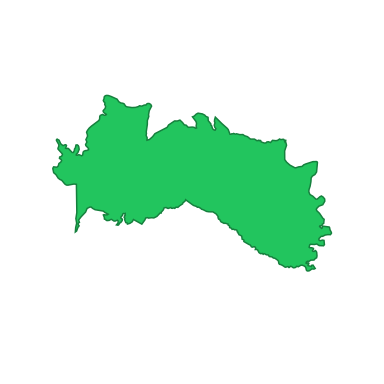 Senekane, Berea, Lesotho, rotated 117°
{"feature_id": "5366337B41059399300258", "entity_name": "Senekane", "entity_type": "district", "adm_level": 2, "iso_a3": "LSO", "parent_name": "Lesotho", "parent_adm1": "Berea", "projection": "mercator", "projection_center": [27.679, -29.225], "detail": "fine", "context": "isolated", "style": "filled", "palette": "green", "viewbox_px": 384, "rotation_deg": 117, "n_neighbors": 0, "source": "geoboundaries", "source_scale": "gbopen_adm2", "svg_char_len": 6042}
<svg xmlns="http://www.w3.org/2000/svg" viewBox="0 0 384 384"><g transform="rotate(117 192 192)"><path d="M206.1,336.2L206.8,336.5L207.6,336.2L210.3,332.1L211.7,331.5L213.9,331.3L214.6,330.8L216.9,324.9L217.4,324.5L219.3,324.4L220.9,325.8L222.3,325.3L222.4,323.5L223.2,322.4L225.0,322.5L227.0,323.5L229.7,323.0L231.3,323.7L232.4,326.7L233.3,326.8L234.4,326.6L237.6,324.0L238.3,321.1L240.4,317.5L240.8,315.3L240.7,313.4L242.6,309.0L242.8,307.7L242.7,306.6L242.1,305.5L238.5,300.8L237.6,298.5L262.6,285.3L268.4,283.4L272.2,280.6L276.5,279.5L280.6,277.8L279.2,277.1L274.9,277.6L274.2,277.2L273.2,277.4L272.8,278.5L272.1,278.9L271.1,279.1L270.2,278.5L268.4,280.3L264.3,279.5L258.2,277.7L254.3,278.0L251.8,276.2L251.2,274.9L251.7,273.2L251.8,270.4L249.3,262.4L249.8,260.0L249.8,256.6L250.7,257.0L251.8,258.8L252.1,260.2L252.7,260.6L254.2,258.8L255.9,257.7L255.7,256.7L256.1,255.7L256.1,254.8L254.9,252.9L253.5,252.0L252.9,251.2L253.3,248.6L252.9,247.4L251.0,245.7L251.1,245.0L252.2,244.2L253.4,243.9L255.6,244.4L255.3,243.2L254.8,242.5L252.2,242.2L251.5,241.6L249.2,241.2L247.8,241.7L247.5,243.7L246.4,243.9L244.6,243.4L243.0,243.7L242.2,243.3L242.1,242.5L241.4,241.8L243.4,240.8L243.9,241.3L245.6,240.8L245.8,239.8L247.3,239.4L249.3,237.1L249.0,235.9L249.9,235.0L248.1,233.1L245.6,231.7L243.1,231.7L243.4,222.1L238.3,221.3L236.2,221.5L235.0,219.9L235.0,218.9L233.3,216.4L232.4,214.2L229.7,212.2L225.3,210.9L224.7,209.9L224.0,210.2L220.8,209.4L219.0,209.7L218.2,209.0L217.4,207.5L217.7,206.9L217.5,205.8L215.4,203.8L215.8,203.0L215.5,202.1L214.4,200.9L214.4,199.9L212.8,199.4L212.1,197.6L209.8,196.7L206.9,195.0L206.1,195.2L202.7,193.9L201.8,194.2L203.3,184.6L202.8,181.3L203.2,180.4L202.5,179.3L202.6,176.8L203.0,175.8L202.7,174.1L202.7,170.2L201.9,167.8L200.2,164.4L200.6,160.4L202.1,157.4L203.0,157.2L204.1,156.0L203.8,155.1L205.4,152.7L205.4,149.2L204.8,148.5L204.2,145.3L205.0,144.9L205.2,143.2L206.6,142.3L206.4,140.8L207.1,139.3L206.3,138.3L206.3,136.6L205.7,135.9L205.7,134.6L207.0,133.5L207.0,132.7L207.6,132.4L208.8,130.5L208.6,129.8L208.7,127.7L211.3,125.9L211.1,124.3L211.8,123.5L212.6,123.3L212.9,117.7L212.8,115.9L213.9,114.1L213.6,112.9L212.8,112.2L212.3,111.2L213.1,109.7L214.5,109.5L214.0,108.6L213.8,107.3L215.6,104.8L215.8,102.9L214.8,101.3L215.2,100.3L214.3,99.9L214.1,99.4L214.2,97.3L213.5,95.6L214.4,93.8L213.5,91.4L213.9,89.6L213.4,88.1L213.9,84.4L214.4,83.6L216.2,82.2L216.7,81.3L216.3,79.5L216.4,77.0L216.7,75.5L216.6,74.6L214.9,72.7L214.8,72.2L215.3,71.5L215.0,71.0L213.5,70.6L213.2,69.5L213.5,67.5L213.3,66.8L212.2,65.5L210.6,64.9L210.4,63.4L207.9,61.8L207.2,60.7L207.0,58.7L207.2,57.1L208.0,56.0L209.6,54.7L210.0,53.8L209.8,52.9L208.9,51.7L206.1,50.2L205.3,48.3L204.2,47.5L202.2,51.0L203.1,52.2L204.2,51.8L204.9,55.1L204.4,55.6L202.8,55.3L202.4,55.6L202.4,56.4L203.6,57.5L203.6,58.1L202.4,58.3L201.3,57.7L200.7,56.3L198.8,55.2L197.2,52.4L195.2,51.9L194.1,51.1L192.2,51.6L189.0,53.6L188.3,54.8L188.2,55.6L189.5,56.2L190.0,57.3L189.8,57.9L189.4,58.1L187.7,57.8L187.1,58.2L187.3,59.9L188.2,61.9L188.0,62.6L185.5,63.1L184.8,62.7L183.2,59.1L181.7,57.3L182.0,54.3L180.2,50.4L178.8,50.1L175.2,52.4L175.6,53.9L177.3,55.8L177.0,57.3L175.7,57.7L172.9,56.8L172.1,55.4L169.9,53.8L168.3,51.6L167.2,49.3L165.5,49.0L164.7,49.5L163.0,51.9L161.2,53.3L160.9,53.9L162.9,59.6L163.5,59.9L165.1,59.7L165.6,60.0L164.9,62.6L164.1,62.7L163.0,60.9L161.6,61.3L160.2,60.4L156.3,61.9L156.1,63.3L153.1,68.7L152.0,72.3L151.0,73.4L150.0,73.4L147.0,72.5L144.0,69.7L139.9,69.5L138.0,70.6L137.0,72.8L136.8,74.9L138.0,75.8L141.5,77.2L142.1,78.3L140.9,82.4L140.7,85.8L138.9,87.9L136.9,88.8L133.2,89.4L128.9,90.7L125.4,92.2L123.2,92.0L120.6,90.4L117.6,90.1L108.8,93.6L108.3,94.3L108.4,95.0L110.1,98.1L115.4,103.4L117.1,104.8L119.2,105.5L121.2,108.4L123.4,110.6L123.7,111.4L123.6,116.9L122.5,121.2L121.0,124.1L113.3,128.1L107.4,129.0L104.6,131.5L103.4,131.9L103.5,132.2L105.0,132.1L103.5,133.9L103.6,134.7L105.0,136.6L105.0,138.0L107.3,139.3L108.3,140.8L109.4,143.7L112.3,144.5L112.5,146.6L113.4,148.0L114.7,148.4L115.5,149.7L116.0,153.0L115.0,154.2L115.2,155.0L115.9,155.4L115.6,156.1L116.8,157.3L116.5,160.3L118.3,164.0L117.5,167.7L118.0,170.7L117.7,172.7L119.2,175.5L119.9,178.7L120.8,179.7L120.9,181.5L121.6,181.9L122.0,182.9L122.8,183.5L123.3,184.4L120.0,188.0L119.3,189.5L117.5,196.4L114.7,205.2L117.3,204.7L119.0,204.0L119.8,203.0L122.4,202.5L124.0,201.0L124.7,199.5L126.4,199.4L126.7,200.1L126.5,201.9L125.9,202.8L124.1,204.5L123.8,205.5L122.7,206.2L121.1,209.9L118.2,211.6L118.3,214.3L117.7,215.5L117.7,218.2L119.0,222.4L120.7,223.6L123.4,224.5L124.8,225.7L127.4,220.4L128.8,219.1L131.5,218.2L132.9,217.0L133.6,217.8L133.4,219.4L134.0,221.2L136.1,224.7L135.1,227.6L135.7,229.3L134.4,232.0L133.4,235.4L135.4,237.3L136.6,239.8L142.9,243.3L145.7,243.5L156.8,251.5L160.6,252.2L164.6,253.8L166.3,255.6L164.0,256.6L162.4,258.6L160.4,259.2L159.4,260.0L152.0,262.5L148.6,264.2L144.3,264.8L142.9,265.8L139.0,267.0L133.8,267.0L132.7,268.5L132.6,270.4L133.2,271.6L134.1,272.3L135.3,272.5L136.3,274.1L138.3,275.7L139.0,277.9L140.4,278.7L142.3,280.8L144.0,283.8L145.6,288.4L145.7,290.1L144.3,292.4L144.3,293.8L145.0,295.9L144.8,298.2L143.3,300.9L143.6,307.4L144.0,310.3L144.6,311.8L145.6,313.0L147.3,313.4L148.4,312.8L150.7,312.6L151.6,311.6L151.8,310.5L152.4,309.9L153.7,309.5L154.8,307.9L156.9,307.3L159.8,308.1L160.7,307.6L161.4,306.1L161.7,303.6L162.5,303.7L163.1,304.4L163.5,305.1L163.5,306.9L165.4,308.5L166.5,308.5L169.1,307.4L170.7,307.5L178.9,311.5L181.7,312.6L184.5,313.1L186.6,313.1L188.5,311.2L189.8,310.4L193.5,310.3L195.2,308.3L198.0,308.4L198.9,307.6L199.9,304.7L200.4,303.9L201.3,303.4L202.7,304.5L203.6,305.9L204.9,306.9L205.9,307.1L208.7,306.2L209.8,306.7L210.1,309.7L211.3,310.9L211.7,311.8L210.9,312.2L208.8,311.6L205.2,311.9L203.0,313.5L202.3,314.4L202.1,315.7L202.8,316.7L205.7,316.0L207.2,316.2L208.2,315.7L210.6,315.6L211.2,316.8L209.6,321.1L209.4,322.4L210.2,323.5L210.4,324.5L207.6,324.9L207.2,325.7L207.4,326.4L209.2,328.0L209.0,329.2L208.6,330.9L206.2,333.9L206.1,336.2Z" fill="#22c55e" stroke="#15803d" stroke-width="1.5"/></g></svg>